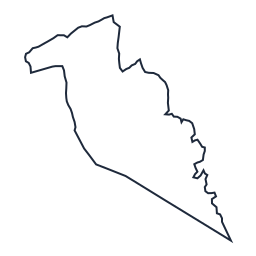 outline of Olinda Nova do Maranhão, Maranhão, Brazil
{"feature_id": "56859067B66279170252469", "entity_name": "Olinda Nova do Maranhão", "entity_type": "district", "adm_level": 2, "iso_a3": "BRA", "parent_name": "Brazil", "parent_adm1": "Maranhão", "projection": "equal_earth", "projection_center": [-45.0, -2.983], "detail": "fine", "context": "isolated", "style": "outline", "palette": "slate", "viewbox_px": 256, "rotation_deg": 0, "n_neighbors": 0, "source": "geoboundaries", "source_scale": "gbopen_adm2", "svg_char_len": 1649}
<svg xmlns="http://www.w3.org/2000/svg" viewBox="0 0 256 256"><path d="M216.0,196.4L214.5,192.6L211.6,193.1L208.1,193.2L205.4,191.2L204.8,187.1L206.6,184.4L205.5,179.1L207.3,175.0L204.9,173.5L203.5,170.3L200.6,175.5L197.4,178.3L193.4,177.3L195.0,174.2L197.4,171.7L195.5,167.7L194.3,164.2L197.4,162.5L199.9,161.8L202.9,160.0L203.6,154.5L204.8,151.0L204.8,147.5L202.1,146.8L200.3,143.8L197.5,139.7L194.9,140.4L192.4,141.9L191.4,137.5L194.8,134.3L194.2,129.1L192.2,123.2L189.2,120.9L186.1,120.2L183.3,119.3L181.5,122.2L180.6,118.6L177.4,116.8L173.8,116.6L171.8,113.8L169.1,114.6L165.3,114.3L168.8,110.5L167.9,102.9L168.2,97.8L168.0,94.4L168.2,90.2L166.6,85.2L165.1,82.1L162.9,80.2L160.3,77.8L158.5,75.2L153.6,73.0L148.7,72.8L145.1,72.0L142.6,67.9L141.0,63.3L139.9,59.4L137.1,61.3L135.2,63.9L131.7,65.4L129.3,67.8L126.3,69.0L122.6,71.5L119.9,67.9L119.3,63.2L118.9,58.9L119.2,53.6L117.4,48.2L117.8,42.9L118.6,37.1L119.8,26.7L113.7,22.1L112.5,15.4L106.9,17.4L104.3,18.1L101.4,19.8L98.5,21.4L94.8,22.6L89.9,25.1L86.5,26.5L81.9,26.3L78.2,27.7L74.6,30.6L70.9,33.6L67.3,37.3L64.0,35.3L57.6,35.2L53.4,38.2L47.2,41.8L44.8,43.1L38.5,46.7L35.9,47.5L32.7,48.2L29.2,52.3L26.0,53.8L25.1,57.2L25.9,61.3L28.7,62.9L30.5,66.5L31.0,72.8L52.4,66.6L55.7,66.1L62.3,66.1L64.0,70.4L64.7,76.3L66.5,82.6L66.3,88.1L66.0,93.2L66.3,97.9L66.8,101.4L68.3,105.1L70.6,109.0L72.0,113.0L72.9,117.0L74.6,122.0L75.5,127.2L74.6,130.4L84.1,148.5L89.1,155.0L96.1,164.4L107.2,168.7L125.6,176.0L138.5,183.9L166.9,201.4L189.8,215.4L230.9,240.6L222.0,221.8L222.0,218.3L220.1,214.4L216.9,213.3L216.5,207.2L212.0,203.4L211.9,199.1L216.0,196.4Z" fill="none" stroke="#1e293b" stroke-width="2"/></svg>